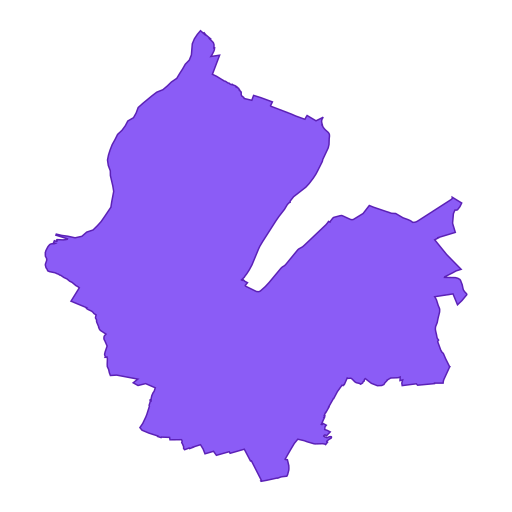 outline of Meerssen, Limburg, Netherlands
{"feature_id": "6326949B43663423776688", "entity_name": "Meerssen", "entity_type": "district", "adm_level": 2, "iso_a3": "NLD", "parent_name": "Netherlands", "parent_adm1": "Limburg", "projection": "robinson", "projection_center": [5.761, 50.905], "detail": "fine", "context": "isolated", "style": "filled", "palette": "violet", "viewbox_px": 512, "rotation_deg": 0, "n_neighbors": 0, "source": "geoboundaries", "source_scale": "gbopen_adm2", "svg_char_len": 5984}
<svg xmlns="http://www.w3.org/2000/svg" viewBox="0 0 512 512"><path d="M323.2,117.1L322.5,117.6L316.0,120.8L307.1,115.5L306.0,117.2L304.9,119.3L295.7,116.0L291.4,114.1L271.0,106.3L270.5,105.8L272.4,101.9L260.7,97.6L253.6,95.4L251.8,100.3L244.2,98.5L243.8,97.5L241.6,95.8L241.2,94.5L241.2,92.2L240.7,91.7L240.8,91.6L240.2,90.9L239.3,90.1L239.5,89.8L239.1,89.4L238.7,88.4L236.9,87.4L236.6,87.0L236.9,86.9L236.4,86.5L236.0,86.8L235.7,86.1L235.0,85.6L233.4,85.1L232.2,84.3L231.9,84.7L231.5,84.5L230.7,84.4L229.6,83.7L229.4,83.3L227.8,82.9L225.5,81.3L224.2,81.0L216.6,76.3L212.4,74.3L219.6,55.2L210.9,56.5L211.9,55.0L212.9,53.1L214.0,50.8L214.4,49.4L214.6,47.8L213.8,47.9L214.0,46.3L214.0,44.7L213.4,42.8L212.6,41.8L209.6,38.9L210.4,38.7L205.7,34.7L203.7,32.2L204.2,34.0L200.5,30.7L197.4,34.3L194.4,38.8L192.3,43.8L191.4,54.9L189.3,60.1L185.3,64.2L182.7,68.8L179.8,73.3L176.8,78.3L171.4,82.0L167.4,85.9L162.9,89.7L156.7,92.2L152.0,95.8L142.8,103.4L138.2,107.5L136.1,113.1L133.5,117.7L127.8,121.0L125.3,125.8L122.0,130.3L117.6,134.4L115.0,139.6L112.2,144.6L110.2,149.7L108.5,155.0L107.5,160.0L108.3,165.5L110.3,170.8L110.4,175.6L112.8,185.9L113.7,191.4L111.7,201.9L110.9,207.2L104.3,217.0L101.1,221.6L97.3,225.8L93.0,230.0L86.7,232.1L81.9,236.3L75.1,237.8L67.7,236.2L61.7,235.4L56.3,234.1L55.9,235.2L67.5,238.8L67.3,239.3L65.8,239.6L63.3,239.9L57.0,239.6L56.7,239.9L57.1,241.0L56.7,241.5L54.4,240.7L53.5,242.8L55.2,243.4L53.9,243.8L52.8,243.7L51.1,243.9L49.8,244.5L48.7,245.7L47.8,246.9L45.9,250.6L45.2,253.0L45.5,254.0L45.3,254.3L45.4,256.2L46.6,258.5L46.8,259.4L46.6,259.8L46.7,260.4L45.5,263.8L45.3,264.9L46.0,267.7L47.1,269.3L47.7,270.8L49.4,271.6L55.2,272.8L56.8,273.6L58.5,274.2L59.8,275.1L60.7,275.3L63.9,277.5L66.9,278.9L69.7,281.2L72.1,282.4L75.9,285.6L77.8,286.6L79.3,287.8L71.0,301.2L86.2,307.5L85.9,307.6L86.8,308.7L88.3,309.6L91.7,311.2L93.1,312.4L93.9,313.5L96.1,314.9L95.5,317.3L95.5,318.0L96.6,319.9L96.5,321.1L96.8,322.3L98.6,326.6L98.8,327.4L98.7,327.5L99.5,329.3L100.0,330.0L100.8,330.7L106.0,334.1L104.3,336.0L104.0,336.9L103.9,338.3L104.1,339.5L104.8,340.7L107.1,346.0L106.8,347.0L105.1,352.0L104.6,354.2L104.7,354.9L105.4,357.0L105.2,357.3L106.1,357.3L106.9,356.9L107.4,358.5L107.2,364.2L107.3,366.6L108.6,369.4L109.4,372.9L110.4,375.5L116.6,375.1L137.8,379.1L133.2,382.8L138.0,385.5L145.6,383.6L155.3,387.8L154.1,391.4L153.1,392.7L151.8,395.6L151.2,398.3L151.1,400.6L150.2,399.8L150.0,400.0L150.3,401.5L149.1,405.3L149.4,406.3L146.8,414.5L145.8,417.0L142.7,423.5L139.9,427.6L142.0,430.2L148.9,433.1L157.9,436.0L157.7,436.5L161.1,437.6L161.5,437.1L169.6,437.4L170.0,439.8L181.4,439.7L181.9,440.3L182.1,441.4L181.7,442.6L182.7,444.3L182.9,445.0L183.6,446.7L183.6,448.5L184.6,449.7L189.2,448.0L189.6,448.6L193.1,447.3L192.9,447.1L200.5,444.7L203.1,449.0L205.0,453.8L213.5,451.3L216.4,455.3L229.2,451.7L230.1,453.3L244.3,449.2L250.5,461.0L251.4,460.8L261.5,480.6L260.8,480.9L261.1,481.3L266.2,480.4L277.2,478.0L277.7,478.2L280.7,477.0L282.3,476.7L286.8,476.2L287.6,474.7L288.8,470.1L288.9,468.2L288.8,465.6L287.4,459.7L285.9,459.6L285.2,459.4L285.1,459.2L290.5,449.8L294.4,443.3L297.8,439.2L304.3,440.7L306.9,441.7L314.1,443.8L315.5,443.9L322.8,443.7L324.9,444.1L325.6,444.6L327.5,442.2L326.8,441.8L326.7,441.4L327.0,441.0L329.1,439.3L331.1,438.2L331.5,437.2L331.4,436.8L330.9,436.6L329.4,436.7L327.0,437.7L325.0,437.0L323.7,436.1L323.8,435.7L324.1,435.4L325.0,434.9L326.6,435.7L330.2,431.9L327.3,430.4L324.7,429.5L325.0,426.8L326.3,425.2L323.2,423.5L322.1,424.6L321.3,424.4L324.5,417.4L324.0,417.3L324.9,415.9L324.2,415.6L325.5,412.5L325.8,412.6L329.0,407.0L328.7,406.9L333.4,398.6L333.7,398.6L337.4,391.6L342.0,385.2L343.1,385.6L343.9,384.5L344.3,384.6L347.2,378.0L347.8,378.4L350.9,378.2L352.2,379.1L354.8,381.8L356.3,382.7L359.4,383.4L360.6,384.2L362.6,383.0L363.2,381.7L364.2,381.0L364.3,379.9L364.7,379.1L365.3,378.6L371.3,383.3L377.4,385.7L381.7,385.5L383.9,384.5L384.9,382.8L387.2,380.4L387.1,380.1L390.7,378.0L398.2,377.7L400.2,377.0L400.0,380.6L402.7,379.9L401.8,383.1L402.2,385.6L416.3,383.8L417.6,385.2L434.5,383.6L434.5,383.1L443.1,383.1L443.4,380.9L443.9,379.4L449.6,367.0L449.9,366.7L449.4,366.3L447.7,362.9L445.5,358.5L443.5,353.8L443.0,353.1L441.7,351.9L441.4,351.0L441.0,350.8L437.8,342.0L437.7,341.4L437.9,341.0L438.6,340.1L437.4,338.5L437.0,337.5L436.5,334.7L435.7,331.3L435.4,329.5L435.4,328.1L435.6,326.6L437.2,322.6L438.0,318.5L439.6,312.0L439.7,309.7L439.5,308.5L438.2,305.4L436.4,299.7L434.7,296.7L453.0,293.9L457.5,304.8L462.0,300.5L466.8,294.7L466.6,293.8L464.6,291.7L463.5,290.1L463.0,288.6L462.2,284.7L460.5,280.3L459.8,279.4L457.9,278.3L455.4,277.6L444.5,277.4L444.7,276.8L452.5,272.9L456.1,270.9L461.1,269.3L446.6,254.5L434.7,239.8L438.4,237.9L438.1,237.6L455.3,232.4L452.7,223.7L452.6,222.9L453.4,213.7L454.9,210.1L456.5,210.1L457.5,209.8L459.9,206.7L461.7,203.0L452.2,197.2L452.3,198.5L450.9,199.7L418.4,220.6L416.9,221.5L415.2,222.2L412.7,222.4L411.4,221.3L410.0,220.5L408.0,219.6L403.0,217.8L395.7,213.5L391.5,213.3L373.8,207.3L369.3,205.5L363.1,213.5L353.3,219.5L351.9,219.7L350.4,219.4L343.0,216.0L341.7,215.5L340.1,215.7L333.7,217.4L332.9,218.0L332.4,218.6L330.4,221.2L330.0,222.1L328.5,221.4L327.9,222.4L326.0,224.7L304.3,245.3L302.6,246.8L298.7,249.0L297.7,249.9L285.8,264.4L284.6,265.6L282.3,267.0L280.9,268.3L269.1,282.5L265.3,286.6L260.5,290.9L259.6,291.4L258.5,291.7L256.4,291.5L245.8,286.3L245.3,285.8L245.3,285.3L247.5,282.7L244.3,281.0L244.3,280.8L243.3,279.8L242.3,280.4L241.5,279.9L244.4,277.1L244.6,276.6L246.8,273.7L249.2,270.0L252.0,264.8L258.5,249.1L259.8,246.3L262.6,241.6L276.0,220.7L278.9,216.5L284.5,209.3L287.3,204.6L288.9,202.9L290.2,202.2L290.0,201.3L293.6,196.7L305.9,187.1L309.1,183.6L313.3,178.1L315.9,174.1L317.4,171.3L322.1,161.9L322.5,160.8L322.7,159.6L328.2,147.9L329.0,144.5L329.2,138.7L329.5,136.1L329.4,134.6L329.1,133.7L328.3,132.5L325.3,129.8L324.2,128.6L323.3,127.4L322.0,125.1L322.4,125.0L322.0,123.7L321.6,121.7L321.8,119.7L323.2,117.1Z" fill="#8b5cf6" stroke="#5b21b6" stroke-width="1.5"/></svg>